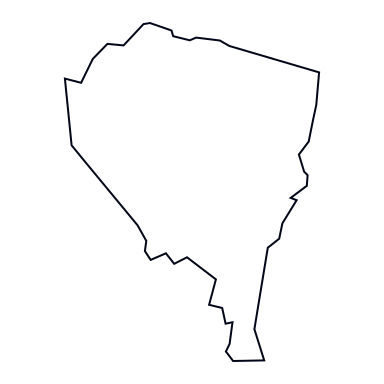 outline of Lewis, West Virginia, United States of America
{"feature_id": "52423323B98686556304420", "entity_name": "Lewis", "entity_type": "district", "adm_level": 2, "iso_a3": "USA", "parent_name": "United States of America", "parent_adm1": "West Virginia", "projection": "albers", "projection_center": [-80.482, 38.948], "detail": "fine", "context": "isolated", "style": "outline", "palette": "ink", "viewbox_px": 384, "rotation_deg": 0, "n_neighbors": 0, "source": "geoboundaries", "source_scale": "gbopen_adm2", "svg_char_len": 672}
<svg xmlns="http://www.w3.org/2000/svg" viewBox="0 0 384 384"><path d="M264.2,360.4L254.4,329.2L260.1,294.4L267.8,247.7L279.2,238.7L282.4,223.3L296.6,200.2L290.7,197.9L306.8,185.8L307.6,175.2L304.1,171.6L298.9,154.5L308.7,141.6L312.8,121.1L316.3,104.8L319.1,72.4L229.4,46.0L219.8,40.5L196.1,37.6L189.8,40.3L173.2,36.2L171.5,30.5L149.9,23.0L143.5,24.1L123.6,45.4L107.4,43.9L92.8,58.9L81.1,82.8L64.9,78.6L71.6,145.3L85.5,162.3L137.5,225.2L146.3,240.9L144.9,251.1L150.7,259.9L165.9,253.3L174.2,263.8L187.0,257.3L215.9,279.4L209.1,304.8L222.2,308.0L225.6,323.7L232.5,322.2L229.6,343.9L225.9,351.5L233.1,361.0L264.2,360.4Z" fill="none" stroke="#020617" stroke-width="2"/></svg>